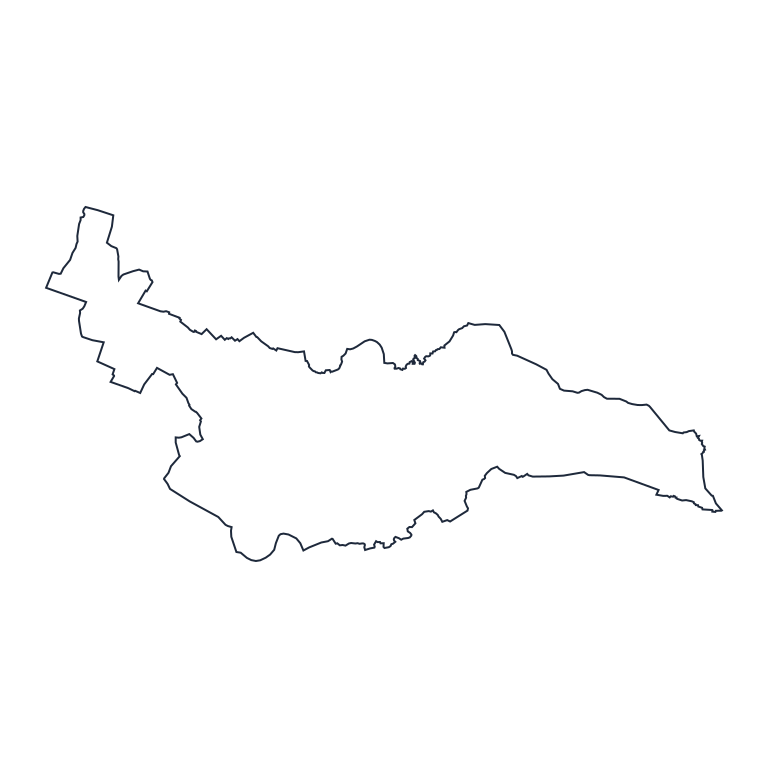 outline of Ban Pho, Chachoengsao, Thailand
{"feature_id": "78962969B2229675386212", "entity_name": "Ban Pho", "entity_type": "district", "adm_level": 2, "iso_a3": "THA", "parent_name": "Thailand", "parent_adm1": "Chachoengsao", "projection": "orthographic", "projection_center": [101.082, 13.626], "detail": "fine", "context": "isolated", "style": "outline", "palette": "slate", "viewbox_px": 768, "rotation_deg": 0, "n_neighbors": 0, "source": "geoboundaries", "source_scale": "gbopen_adm2", "svg_char_len": 6092}
<svg xmlns="http://www.w3.org/2000/svg" viewBox="0 0 768 768"><path d="M499.3,325.0L485.3,324.1L474.7,324.9L468.3,323.1L467.1,325.5L463.9,326.3L462.2,328.1L459.1,329.2L458.0,330.1L456.4,332.2L455.1,332.0L454.1,332.3L453.1,335.5L449.5,341.4L444.4,345.5L444.5,347.7L440.8,347.3L439.4,349.0L437.5,349.2L436.9,349.9L435.9,350.1L435.1,351.3L433.1,351.5L432.5,353.5L430.3,353.4L430.2,355.2L429.8,355.8L428.3,356.4L426.2,356.2L425.2,356.9L424.1,358.6L425.5,360.3L424.7,361.5L423.2,362.3L422.9,364.3L422.1,364.3L421.3,363.5L419.8,363.7L419.6,363.1L420.3,362.0L420.0,361.0L417.8,360.1L417.8,359.0L416.7,358.1L416.2,356.0L415.1,355.1L414.6,355.7L414.8,358.0L413.6,358.6L413.2,359.4L414.9,362.8L414.5,363.8L412.7,363.8L412.8,362.5L411.7,361.1L409.7,362.1L409.4,363.6L407.8,363.8L406.6,364.7L405.7,366.5L406.0,368.0L404.8,368.8L403.0,368.6L402.4,369.9L400.4,369.3L400.1,368.5L398.6,368.0L396.5,368.7L394.7,368.7L394.5,368.1L395.3,366.9L395.1,365.0L394.8,364.3L392.9,363.0L387.5,363.4L384.3,362.9L383.8,354.1L381.7,347.7L379.7,344.6L377.0,342.1L375.0,341.0L371.9,339.9L369.5,339.7L364.7,341.3L356.9,346.5L353.2,348.5L350.1,349.3L347.2,348.9L345.6,353.5L343.4,355.7L341.6,356.8L341.4,359.4L342.1,361.6L340.9,364.8L340.1,365.4L340.2,366.1L339.2,368.4L337.9,369.5L332.2,371.7L331.3,371.5L330.6,372.1L329.7,370.0L325.8,370.3L324.4,373.0L322.4,372.9L321.8,372.4L320.6,373.3L318.2,373.0L317.0,372.4L315.9,372.3L314.8,371.3L313.6,371.1L312.5,370.4L309.4,367.2L308.9,366.4L309.1,364.9L307.0,361.0L305.6,360.9L304.0,351.4L298.2,352.2L294.8,352.1L277.5,348.2L276.3,350.5L273.1,348.4L272.4,348.9L269.7,348.0L268.2,346.3L261.2,341.3L257.2,337.1L256.4,337.0L253.2,332.8L244.0,337.8L239.4,341.2L237.5,339.1L235.0,340.7L231.6,337.3L230.3,338.4L229.1,338.3L228.3,339.0L226.8,338.1L224.8,339.8L221.1,335.8L216.1,339.3L206.6,329.2L201.6,334.1L196.4,331.9L195.7,331.5L195.9,331.0L194.9,330.5L194.2,331.8L193.4,331.9L189.9,329.8L187.9,327.5L180.3,321.6L181.0,319.9L179.4,318.5L179.6,317.8L169.0,313.8L169.2,312.3L166.1,311.2L163.5,311.7L160.5,311.3L138.1,303.3L145.6,290.6L146.8,291.3L152.5,282.1L151.8,280.4L150.7,279.9L149.9,278.8L147.5,271.5L143.1,271.3L139.1,269.6L133.0,271.2L123.4,274.5L121.5,275.9L118.9,279.8L118.5,276.5L118.6,261.5L118.2,259.2L118.4,256.5L117.1,249.3L116.4,248.2L111.3,246.1L106.9,242.7L111.9,226.7L113.3,215.3L97.8,210.2L85.5,207.0L84.0,208.9L83.2,211.0L83.2,212.3L84.4,214.1L84.3,215.3L83.3,217.0L80.6,217.5L80.6,220.1L79.1,224.0L77.3,236.0L77.6,241.6L76.5,244.0L75.6,247.9L72.5,252.9L70.1,259.9L63.4,268.2L60.7,273.7L59.0,273.9L53.3,272.3L52.4,272.5L46.1,287.8L86.1,302.0L84.3,306.3L82.7,308.7L79.9,310.5L80.1,313.0L78.9,318.5L79.0,320.9L81.0,333.6L82.0,336.5L83.1,337.1L92.4,340.2L103.7,342.3L97.3,361.4L114.4,369.1L112.6,374.4L114.0,375.5L114.1,376.0L110.6,381.9L128.4,388.2L134.6,391.2L135.1,390.8L140.2,393.0L144.2,384.4L152.1,374.0L153.2,374.1L157.0,367.9L169.6,374.8L172.9,374.2L177.1,382.9L175.9,384.4L182.4,393.7L186.5,397.8L188.4,403.1L189.5,404.9L189.1,405.6L191.4,409.1L195.4,411.8L195.9,411.8L197.1,412.9L201.4,418.5L200.1,420.2L200.9,421.4L199.2,426.9L200.3,434.6L202.8,439.2L199.9,441.1L197.5,441.7L196.2,441.4L193.6,437.9L189.3,434.1L181.4,437.3L178.8,437.7L175.7,437.4L175.7,442.5L179.1,455.0L179.8,456.1L171.0,466.2L168.5,472.8L164.2,478.3L164.0,479.0L167.6,483.9L170.0,488.9L189.7,501.4L218.3,517.0L225.5,524.8L227.8,526.0L231.6,527.1L231.0,530.7L231.3,536.8L236.4,552.0L240.7,552.7L246.9,557.9L251.3,560.1L255.9,561.0L260.2,560.3L265.7,557.7L270.1,554.6L274.2,549.8L275.9,543.1L278.8,535.7L280.5,534.2L283.5,533.6L288.5,534.5L296.3,538.4L300.3,543.2L303.4,550.5L309.2,547.4L321.3,542.5L328.0,541.2L331.9,538.7L332.6,538.9L335.7,543.7L337.3,543.3L339.8,545.3L342.7,545.0L345.5,545.6L348.9,543.5L351.1,543.0L355.4,543.5L357.6,543.2L359.5,543.8L362.2,543.4L363.6,543.5L364.6,544.1L364.9,545.0L364.3,547.2L365.1,550.0L370.2,548.4L374.4,547.6L374.7,546.7L374.1,544.6L376.1,541.2L377.5,542.1L380.0,542.0L380.5,543.3L383.7,543.2L383.5,546.9L384.5,548.0L388.8,547.2L390.5,546.1L391.4,544.2L393.0,543.7L395.3,541.8L394.1,540.6L393.8,539.2L394.4,537.9L395.5,536.9L398.9,538.2L401.2,539.7L403.3,538.6L408.1,538.0L409.8,537.4L411.3,535.6L411.4,534.6L410.1,532.9L407.8,531.4L407.3,528.7L409.4,527.0L412.0,527.1L415.4,523.3L414.3,520.0L422.1,514.2L424.2,511.8L428.7,511.1L430.9,511.6L432.9,510.4L433.9,512.3L435.9,513.3L437.8,515.0L438.6,516.6L440.7,518.8L442.3,521.8L447.2,520.1L450.1,521.5L467.5,510.6L468.0,508.3L466.9,506.5L464.6,500.9L466.1,497.7L465.9,495.9L466.5,494.1L466.3,491.9L470.4,489.8L477.6,488.4L478.8,487.6L482.4,479.7L484.1,479.0L485.1,478.0L484.8,475.8L486.9,473.1L491.3,469.0L497.2,466.7L499.2,468.9L505.2,472.9L513.9,474.8L516.0,476.1L517.3,478.1L521.8,476.0L522.5,476.8L523.2,476.6L527.2,473.9L528.4,475.3L532.7,476.6L549.1,476.4L563.6,475.6L584.1,472.1L588.1,474.9L589.6,475.2L599.8,475.4L624.1,477.4L658.6,490.0L656.4,494.7L663.3,495.9L667.3,495.8L669.7,497.4L670.7,496.3L673.1,496.7L673.7,495.9L675.0,496.4L675.4,497.5L676.5,497.5L676.5,498.4L677.3,498.9L682.1,500.5L686.1,500.1L691.8,501.3L693.8,502.2L693.9,503.3L695.7,504.4L695.8,505.1L698.0,505.2L698.3,506.5L702.1,507.8L702.5,509.4L712.2,510.0L712.5,510.3L712.3,511.6L713.9,511.8L715.4,511.9L715.9,510.8L721.4,510.7L721.9,510.4L715.9,503.4L712.9,495.8L711.7,495.6L705.3,488.4L703.3,477.0L702.7,460.6L701.9,455.0L701.4,454.1L702.5,453.3L703.2,451.9L703.9,451.8L703.9,450.1L705.0,449.7L704.3,448.2L704.7,446.6L703.2,446.0L701.8,444.0L702.2,442.9L701.8,441.8L702.1,440.7L700.4,440.7L699.2,440.0L699.0,438.9L698.0,438.0L699.0,436.0L696.8,436.4L696.1,433.6L694.1,431.5L693.8,430.4L688.9,431.1L686.7,432.1L683.5,432.5L682.8,433.3L675.1,432.0L669.3,430.4L650.0,406.9L648.9,405.8L646.6,404.6L641.6,405.1L637.6,405.0L632.3,404.1L628.1,402.9L626.3,401.5L619.5,398.8L606.9,398.7L604.0,397.1L601.6,394.8L597.3,392.7L587.6,389.8L584.9,390.1L581.5,391.1L579.0,392.6L577.4,392.8L572.6,391.3L564.0,390.6L559.9,388.8L558.0,383.9L552.4,379.2L548.5,373.6L546.5,369.8L536.2,364.3L520.3,357.1L517.2,355.7L512.9,354.8L512.0,353.5L512.0,351.3L511.4,349.3L504.4,331.8L499.3,325.0Z" fill="none" stroke="#1e293b" stroke-width="2"/></svg>